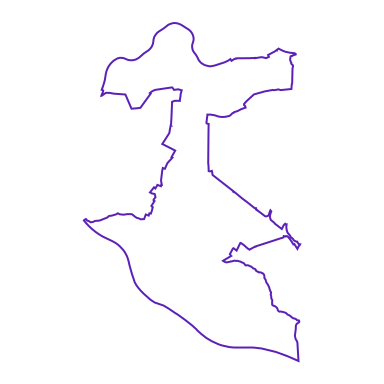 the district of Zevenaar, Gelderland, Netherlands
{"feature_id": "6326949B47672258677140", "entity_name": "Zevenaar", "entity_type": "district", "adm_level": 2, "iso_a3": "NLD", "parent_name": "Netherlands", "parent_adm1": "Gelderland", "projection": "mercator", "projection_center": [6.087, 51.928], "detail": "fine", "context": "isolated", "style": "outline", "palette": "violet", "viewbox_px": 384, "rotation_deg": 0, "n_neighbors": 0, "source": "geoboundaries", "source_scale": "gbopen_adm2", "svg_char_len": 5877}
<svg xmlns="http://www.w3.org/2000/svg" viewBox="0 0 384 384"><path d="M230.4,59.1L227.9,60.8L224.1,62.5L214.4,65.6L211.4,66.2L209.4,66.3L206.8,65.7L204.5,65.0L201.5,63.2L200.1,61.9L199.3,60.9L198.5,59.7L197.6,57.7L196.2,55.2L193.7,51.9L193.0,50.6L192.6,49.7L192.2,47.7L192.1,45.9L192.2,44.9L193.4,40.9L193.6,39.6L193.6,38.4L193.4,36.9L193.0,35.4L192.4,34.0L191.7,32.8L190.8,31.5L188.9,29.7L181.0,24.7L177.7,23.4L174.7,23.0L173.2,23.1L171.7,23.5L169.8,24.1L168.0,25.0L163.6,28.5L158.7,31.6L157.0,33.0L155.3,35.2L154.5,36.5L154.1,37.5L153.6,39.2L153.2,42.5L152.7,44.5L151.6,46.9L150.7,48.1L148.8,50.1L143.8,53.5L139.5,57.3L138.2,58.2L135.7,59.5L133.6,60.1L131.0,60.3L128.3,60.0L126.7,59.4L124.7,58.5L122.9,58.0L120.7,57.8L119.3,57.9L117.7,58.3L114.7,60.0L113.3,61.0L111.0,63.2L109.5,65.1L108.3,66.9L107.3,69.0L106.5,71.1L105.9,73.4L104.9,79.7L104.2,82.5L102.9,86.6L101.7,89.8L102.8,90.2L103.2,90.6L102.9,92.1L101.5,95.3L101.4,95.8L101.8,95.7L105.5,93.1L106.3,92.8L109.5,92.9L114.1,93.7L125.4,94.5L131.5,108.7L136.6,108.3L140.4,107.8L150.7,93.6L149.9,93.0L151.6,91.6L154.1,90.3L155.3,89.9L157.1,89.6L172.0,87.4L172.4,87.6L174.0,89.9L178.2,89.3L181.7,90.3L180.6,94.4L180.5,96.1L179.8,100.2L179.9,100.8L174.8,100.8L172.1,101.8L171.5,116.2L171.1,123.6L170.7,125.4L170.8,125.5L170.7,125.5L170.0,128.9L169.3,133.1L162.3,144.0L175.2,150.6L171.5,157.2L172.4,157.7L172.3,157.8L169.2,161.1L167.3,163.3L164.9,168.8L162.8,168.0L162.2,170.9L161.1,179.9L161.1,181.3L161.8,184.7L161.3,184.6L161.0,186.2L157.4,184.9L157.2,185.5L155.3,188.5L154.0,187.3L150.0,192.4L151.8,193.4L154.7,194.0L155.5,197.2L153.6,199.6L153.7,200.2L153.6,200.6L154.5,201.1L151.4,205.9L151.9,206.6L152.8,207.2L151.8,210.9L150.9,213.6L149.4,213.3L148.7,215.6L145.8,214.5L144.1,219.1L140.8,219.3L138.6,218.3L136.9,217.9L135.4,217.0L132.2,214.4L131.7,214.2L127.5,214.1L123.6,214.7L119.8,214.3L117.8,213.3L116.0,214.4L115.0,214.7L111.5,215.7L109.2,215.9L107.1,217.6L99.5,220.6L95.2,220.9L93.1,221.9L90.7,222.3L88.9,221.1L87.2,220.6L86.1,219.1L85.4,219.2L83.9,220.4L86.1,223.1L88.9,226.1L92.0,229.0L95.7,232.0L99.0,234.3L102.6,236.5L112.4,241.2L115.8,243.1L118.0,244.7L119.6,246.1L123.1,249.8L124.9,252.3L127.1,256.5L127.6,258.0L128.4,260.5L129.8,266.4L130.5,268.8L132.0,274.2L133.6,278.8L134.6,282.0L136.3,285.1L138.2,287.7L140.9,290.9L143.8,293.8L149.2,298.6L150.7,299.9L154.7,302.5L163.7,305.6L168.8,308.7L175.3,313.1L177.8,314.6L185.1,319.9L191.7,325.1L196.5,329.4L197.4,330.5L201.4,334.1L206.4,338.0L211.8,341.2L218.3,344.2L221.8,345.4L229.4,347.1L233.6,347.5L250.8,347.5L254.0,347.6L261.7,348.5L275.7,351.9L287.5,356.2L298.5,361.0L297.4,342.6L296.9,341.1L295.7,339.2L295.0,336.3L294.9,335.9L295.8,328.6L295.8,326.3L296.0,325.4L296.3,324.5L297.0,323.6L298.6,322.6L299.2,322.0L299.3,321.4L299.0,320.5L297.2,320.3L296.1,319.2L294.9,318.6L294.0,318.5L292.5,317.9L290.7,316.3L289.6,315.5L287.5,314.5L286.1,313.1L284.9,312.5L283.8,312.3L283.3,312.0L282.5,311.9L281.1,311.6L280.4,311.5L279.7,311.7L278.5,311.1L277.7,310.0L277.6,309.2L277.2,308.2L276.8,307.7L275.7,306.7L274.4,305.9L273.5,305.8L272.2,304.8L272.1,301.9L272.3,300.3L271.2,298.1L271.3,297.7L271.2,296.2L270.7,294.6L271.1,292.9L271.0,292.2L270.4,291.5L270.1,290.2L269.5,288.9L269.3,287.7L268.9,286.8L267.7,284.3L266.6,282.9L265.9,281.1L265.7,279.9L264.4,278.0L264.4,276.9L264.2,275.2L263.9,274.5L263.3,273.7L263.0,273.5L262.9,273.6L262.6,273.5L261.3,272.6L260.0,272.3L258.9,272.4L258.5,272.2L258.4,271.9L257.0,271.4L256.3,270.8L255.9,270.6L255.7,270.2L255.8,270.0L255.6,269.6L254.9,268.9L253.2,268.4L252.5,267.6L251.1,266.6L248.1,265.3L246.9,265.2L245.9,265.5L245.6,265.3L244.9,264.7L244.2,263.5L242.8,262.7L241.2,262.1L240.7,261.7L237.3,260.8L236.8,260.8L236.1,261.0L234.6,260.6L231.2,261.5L230.7,261.4L229.4,261.9L226.5,262.4L225.2,262.1L224.2,261.1L223.6,260.8L223.4,261.1L223.0,260.8L231.1,256.0L230.8,255.8L230.4,254.7L229.9,254.2L232.7,248.9L233.1,248.4L233.6,248.2L236.6,250.6L240.3,243.0L240.7,242.9L243.9,245.1L247.8,248.6L249.6,249.7L250.2,249.1L251.1,248.8L253.3,247.5L255.5,246.7L255.4,246.5L283.5,237.4L283.8,236.8L283.8,236.1L285.8,236.5L286.0,236.1L287.5,236.3L288.4,237.3L290.5,239.9L293.4,244.4L294.3,244.0L297.4,248.9L298.6,246.4L299.7,245.1L300.1,244.3L298.7,244.2L297.1,241.6L296.5,241.7L294.2,240.6L293.6,240.0L292.9,238.8L290.7,237.0L290.0,235.5L287.7,232.9L287.3,231.9L286.8,230.4L286.3,227.4L286.6,224.3L285.5,224.4L285.1,223.8L284.4,224.4L283.6,225.4L281.8,229.0L274.8,223.6L274.3,222.8L270.7,219.8L270.5,219.3L269.8,216.1L270.9,212.2L271.3,211.5L271.0,211.0L270.4,210.3L270.0,211.1L268.9,214.5L268.7,215.0L268.2,215.6L267.4,216.1L265.8,216.4L264.9,216.1L257.1,210.1L257.1,210.3L256.8,210.1L256.8,209.7L256.5,209.5L256.5,209.8L256.0,209.5L255.9,209.2L256.0,208.2L254.6,208.1L246.7,201.8L242.0,198.3L234.9,192.4L234.0,192.2L233.7,192.0L234.0,191.8L234.0,191.7L212.6,175.0L211.9,170.9L210.4,171.3L209.3,171.3L208.7,171.1L208.5,165.8L208.2,163.3L208.5,131.7L208.6,124.9L208.7,124.0L206.9,123.5L206.4,123.0L207.1,117.1L207.4,115.6L207.4,114.6L210.6,114.6L215.2,115.4L218.0,116.4L220.0,116.8L222.4,117.0L225.4,116.8L229.5,115.9L230.9,114.8L231.9,113.7L232.8,113.0L233.7,112.8L233.9,112.3L234.2,112.1L237.5,111.1L241.1,109.2L245.6,107.6L245.2,106.1L244.0,104.9L244.1,103.9L246.7,101.0L253.2,95.1L254.0,94.4L264.7,91.4L273.0,89.9L273.4,90.1L274.7,90.1L278.5,89.4L280.6,90.1L291.4,89.0L291.8,84.1L292.1,83.8L292.2,82.9L292.3,77.2L292.4,73.6L292.5,68.7L293.0,66.2L292.9,65.3L291.6,64.1L291.2,63.5L291.2,62.9L291.3,62.6L290.8,61.8L290.1,60.0L290.5,56.7L290.6,56.3L291.3,56.0L292.6,55.8L293.0,55.2L295.6,54.6L295.8,54.2L295.4,54.0L295.1,53.5L294.4,53.2L289.7,52.7L285.2,51.7L282.2,50.5L278.5,48.6L277.1,49.8L277.0,50.1L276.8,49.9L275.2,51.2L268.1,55.0L268.9,56.9L266.1,58.1L262.1,57.2L260.4,57.3L255.1,58.2L255.1,57.9L249.7,58.2L237.2,58.3L236.1,58.4L236.1,58.7L234.6,58.9L231.5,60.8L230.4,59.1Z" fill="none" stroke="#5b21b6" stroke-width="2"/></svg>